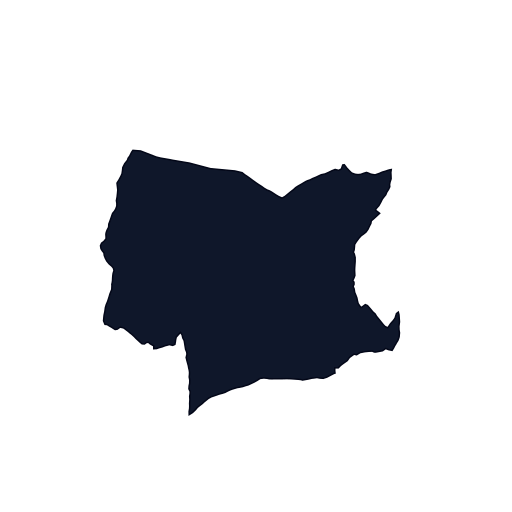 Ndhiwa, Nyanza, Kenya (Natural Earth projection), rotated 49°
{"feature_id": "3690345B51434917036574", "entity_name": "Ndhiwa", "entity_type": "district", "adm_level": 2, "iso_a3": "KEN", "parent_name": "Kenya", "parent_adm1": "Nyanza", "projection": "natural_earth1", "projection_center": [34.403, -0.712], "detail": "fine", "context": "isolated", "style": "filled", "palette": "ink", "viewbox_px": 512, "rotation_deg": 49, "n_neighbors": 0, "source": "geoboundaries", "source_scale": "gbopen_adm2", "svg_char_len": 4889}
<svg xmlns="http://www.w3.org/2000/svg" viewBox="0 0 512 512"><g transform="rotate(49 256 256)"><path d="M396.2,273.2L394.3,271.9L392.1,269.9L394.4,267.3L394.1,264.1L394.2,261.9L394.3,260.8L394.4,259.7L394.8,255.8L393.9,252.1L394.1,249.6L394.4,246.4L396.5,244.9L397.2,240.8L399.6,236.6L402.0,233.2L404.1,230.6L405.7,229.9L406.5,229.3L407.1,228.5L408.4,226.3L410.5,222.7L410.9,218.8L413.6,217.4L416.5,215.2L415.6,212.4L414.6,210.0L414.2,208.5L413.7,207.3L412.8,204.3L411.3,201.6L410.6,200.7L409.6,199.7L408.1,198.1L405.5,196.5L402.8,194.3L399.9,191.0L396.5,188.4L394.1,186.6L391.7,185.4L391.6,187.8L392.2,188.7L392.8,189.7L394.0,191.6L394.4,192.8L394.9,195.1L395.2,197.7L395.4,199.0L396.0,201.2L396.6,203.7L393.7,204.9L391.4,205.0L389.2,204.9L386.6,204.8L383.9,204.7L380.5,204.6L377.9,204.1L374.8,204.5L371.8,204.4L368.9,204.4L366.5,204.4L364.4,205.4L364.2,208.4L363.8,210.6L361.3,210.4L358.9,210.1L356.3,208.8L353.9,207.4L351.5,206.5L348.2,205.4L345.2,203.5L342.7,202.7L341.7,200.6L340.0,199.2L338.0,199.1L336.8,196.4L335.6,194.2L333.7,192.7L331.8,191.2L331.1,190.6L329.6,189.2L327.8,187.4L325.2,184.8L322.1,182.1L318.9,180.5L316.9,180.0L316.3,178.7L315.5,177.6L313.7,175.7L312.0,174.0L311.1,171.1L310.1,166.7L309.7,163.3L310.0,160.2L310.1,157.3L309.3,154.0L307.8,150.6L306.8,148.0L305.1,145.9L305.1,141.8L305.0,138.1L304.9,134.7L302.2,135.2L299.9,135.8L299.1,134.3L298.6,130.2L297.3,126.6L295.9,123.3L295.3,120.3L294.9,117.9L293.7,115.6L292.7,112.2L291.5,109.6L289.7,108.3L288.2,106.4L286.4,103.4L283.6,101.1L281.4,99.4L279.5,97.2L278.6,98.7L277.9,100.2L277.2,102.0L276.4,103.8L275.8,105.0L275.3,106.3L274.7,108.4L274.3,109.4L273.9,110.4L272.9,112.9L271.0,114.5L270.1,115.2L269.3,115.8L267.3,116.7L265.4,117.8L264.2,120.5L263.1,123.4L261.5,125.6L259.7,127.3L259.1,127.7L258.3,128.2L256.0,129.4L253.4,129.6L252.1,129.7L251.1,129.7L248.9,129.8L248.1,129.7L247.2,129.6L245.0,129.5L244.2,130.8L245.6,133.3L246.3,134.1L245.7,137.3L243.5,138.9L242.6,139.5L241.4,143.0L240.6,146.1L239.4,150.0L237.5,153.4L236.7,156.1L236.0,158.7L234.7,162.5L234.1,165.1L233.0,167.8L232.6,169.1L232.3,170.5L231.6,174.5L230.8,178.4L230.4,181.2L230.5,184.1L230.3,187.5L230.2,191.1L230.1,195.0L229.4,198.3L226.1,199.9L222.8,201.0L219.9,201.8L217.8,202.4L215.6,203.2L213.4,204.4L210.1,205.5L207.3,206.1L204.0,207.1L201.0,207.9L198.8,208.4L196.8,208.9L194.4,209.4L190.5,210.3L187.3,211.2L184.0,211.8L178.3,215.9L177.7,216.4L160.2,233.1L142.2,245.3L129.2,256.0L126.6,258.0L119.5,263.8L115.8,266.4L101.0,274.2L95.5,279.6L96.1,281.9L97.7,285.7L98.3,288.4L99.2,289.8L99.5,290.7L100.2,294.5L101.8,298.4L104.1,300.9L106.0,303.1L107.1,305.4L107.5,306.4L107.9,307.5L108.5,309.0L108.9,310.2L109.5,312.3L109.8,313.1L112.3,314.8L115.5,317.0L117.9,319.5L120.3,322.1L122.6,325.0L125.0,326.5L127.0,328.3L128.5,331.0L129.3,333.4L129.7,336.0L130.1,336.9L130.8,338.1L132.2,340.5L133.9,343.5L135.3,346.1L137.6,348.4L138.8,351.5L139.9,353.5L140.9,354.8L141.7,355.5L142.5,356.1L144.6,357.8L145.2,361.2L145.0,364.1L146.2,366.6L148.8,368.2L151.2,368.6L153.8,368.7L156.1,370.2L158.9,371.2L161.9,371.9L165.6,372.0L168.9,371.5L171.3,371.5L173.7,372.6L175.4,375.3L177.0,377.1L178.7,378.8L180.3,380.3L181.7,381.9L182.8,383.4L183.5,383.9L184.2,384.5L186.6,386.8L188.8,391.1L190.6,393.9L192.9,397.7L194.5,401.0L196.1,403.5L198.9,406.7L201.0,409.5L202.6,411.2L204.9,413.6L208.5,414.8L210.1,413.3L212.8,412.5L215.3,411.6L217.2,411.1L219.1,410.5L220.2,408.7L220.5,405.2L223.4,403.1L225.9,402.5L226.6,402.4L228.4,402.0L229.4,401.8L231.1,401.6L233.5,401.1L237.0,400.7L239.7,400.6L242.2,400.3L245.1,400.0L247.5,399.6L249.2,397.9L249.4,395.5L250.5,393.8L252.8,393.5L255.2,392.7L256.7,392.1L258.9,394.0L260.6,391.8L261.6,389.3L263.0,386.4L264.0,383.6L265.4,380.8L266.0,379.5L268.8,377.5L269.5,375.2L267.9,373.2L266.4,371.5L264.9,369.5L264.6,367.3L264.1,363.1L267.0,363.5L269.8,365.0L272.7,365.7L275.0,367.1L277.7,368.8L280.3,370.4L283.0,371.3L284.8,372.5L286.8,375.3L289.7,376.8L292.4,378.1L294.3,379.0L296.1,380.1L298.4,381.3L300.2,382.5L301.7,383.9L303.5,385.8L306.2,387.4L308.6,389.6L310.2,391.7L312.3,393.8L315.1,394.6L316.8,396.2L318.4,398.1L321.0,400.1L323.7,402.8L325.8,404.5L327.6,406.2L329.5,408.5L331.9,410.5L332.5,406.6L332.3,402.5L331.8,399.6L331.9,396.7L332.1,393.7L332.1,392.7L332.0,391.3L332.1,388.6L332.2,385.4L332.9,382.1L334.2,379.0L334.7,377.7L335.1,376.8L335.8,374.9L336.6,373.2L337.6,371.2L338.6,368.8L339.2,366.2L339.9,363.7L340.7,361.5L341.9,358.8L343.0,356.4L344.2,354.5L345.8,351.7L346.9,349.0L348.1,346.5L348.9,343.7L349.9,340.1L350.6,336.8L351.1,333.2L353.2,330.1L355.6,327.8L357.2,326.6L358.8,324.9L360.8,322.5L363.0,320.0L365.4,317.2L368.7,313.2L371.3,310.4L374.4,307.3L376.9,304.8L378.9,303.0L380.1,302.3L381.3,300.3L383.1,297.3L384.6,294.4L385.3,293.3L385.9,292.5L387.7,289.7L389.9,288.0L392.4,285.5L393.9,282.0L394.9,277.7L395.6,274.8L395.8,274.0L396.2,273.2Z" fill="#0f172a" stroke="#020617" stroke-width="1.5"/></g></svg>